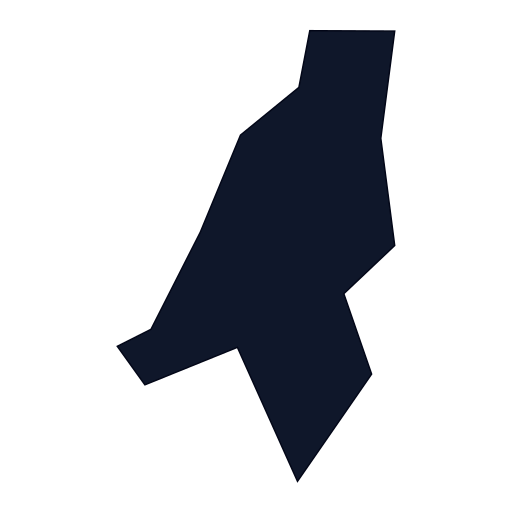 Beau Vallon, Natural Earth projection
{"feature_id": "SYC-5205", "entity_name": "Beau Vallon", "entity_type": "state/province", "adm_level": 1, "iso_a3": "SYC", "parent_name": "Seychelles", "parent_adm1": "", "projection": "natural_earth1", "projection_center": [55.429, -4.605], "detail": "fine", "context": "isolated", "style": "filled", "palette": "ink", "viewbox_px": 512, "rotation_deg": 0, "n_neighbors": 0, "source": "natural_earth", "source_scale": "10m", "svg_char_len": 309}
<svg xmlns="http://www.w3.org/2000/svg" viewBox="0 0 512 512"><path d="M117.3,346.3L151.0,329.3L200.3,232.2L240.5,135.1L298.9,87.4L309.8,30.7L394.7,31.1L380.8,138.3L394.7,245.5L343.8,293.7L371.6,374.1L297.5,481.3L237.4,347.3L144.9,384.8L117.3,346.3Z" fill="#0f172a" stroke="#020617" stroke-width="1.5"/></svg>